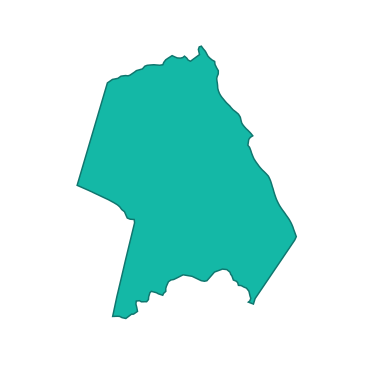 outline of Coruripe, Alagoas, Brazil, rotated 287°
{"feature_id": "56859067B77364556479199", "entity_name": "Coruripe", "entity_type": "district", "adm_level": 2, "iso_a3": "BRA", "parent_name": "Brazil", "parent_adm1": "Alagoas", "projection": "albers", "projection_center": [-36.219, -10.099], "detail": "fine", "context": "isolated", "style": "filled", "palette": "teal", "viewbox_px": 384, "rotation_deg": 287, "n_neighbors": 0, "source": "geoboundaries", "source_scale": "gbopen_adm2", "svg_char_len": 2458}
<svg xmlns="http://www.w3.org/2000/svg" viewBox="0 0 384 384"><g transform="rotate(287 192 192)"><path d="M334.2,158.3L332.9,156.5L330.2,156.4L325.6,159.0L316.6,152.3L317.0,149.8L318.6,147.7L319.7,145.1L317.8,143.8L316.6,141.7L315.9,138.7L316.2,135.9L316.6,133.1L312.6,129.7L310.7,128.2L307.7,127.1L305.2,126.9L303.8,124.1L302.5,118.2L301.3,115.1L300.0,112.0L298.5,110.1L295.2,108.6L291.8,103.3L289.9,102.0L285.6,98.5L284.4,96.9L283.9,94.3L282.0,90.2L279.1,88.0L277.6,85.3L276.4,83.0L273.6,80.8L271.6,79.2L164.8,80.2L163.3,92.9L162.0,101.8L160.2,114.3L158.9,120.7L157.9,124.5L156.7,127.2L154.7,129.9L153.4,133.2L150.1,136.0L148.2,137.7L147.9,140.8L148.8,144.8L145.7,146.1L107.8,148.3L92.7,149.3L74.0,150.5L70.4,150.7L49.8,152.5L51.3,156.8L51.9,159.2L51.4,161.7L51.7,165.7L57.5,169.9L58.1,171.8L60.1,173.4L61.9,174.8L65.5,172.9L68.5,171.1L71.4,170.6L72.7,173.5L72.2,175.6L73.8,180.7L76.4,181.8L79.1,181.2L83.5,181.2L85.1,182.2L85.3,187.4L84.8,189.6L84.7,194.2L86.8,194.5L89.3,196.0L92.1,195.1L94.4,195.1L99.3,195.7L101.7,197.6L103.0,200.1L105.2,202.5L110.2,207.7L111.4,216.7L109.9,226.7L110.3,230.0L111.5,232.2L122.0,236.9L127.2,243.7L128.0,248.0L126.4,251.8L124.7,253.0L123.3,254.8L119.9,257.3L119.7,260.1L118.8,262.1L116.3,263.7L116.9,266.4L116.3,269.2L116.0,272.2L113.7,275.5L109.5,277.9L107.5,279.3L104.8,279.2L103.2,278.1L103.0,280.3L102.8,283.5L108.5,283.5L172.8,303.3L176.1,304.3L179.8,304.8L183.8,301.8L185.9,300.2L187.9,298.8L189.5,297.5L191.2,296.0L192.8,294.4L194.3,292.8L195.9,290.8L197.4,288.8L199.5,286.2L201.3,283.7L202.9,281.7L204.6,279.7L206.4,277.9L208.2,276.2L209.8,274.8L211.8,273.3L214.0,271.7L216.5,270.0L218.6,268.7L220.4,267.4L222.7,265.9L225.6,263.9L227.6,262.2L229.5,260.4L231.1,257.7L232.5,255.1L233.5,253.0L234.8,250.8L236.1,248.8L237.4,247.1L239.2,244.7L240.4,243.2L242.0,241.4L244.1,239.6L246.5,237.7L249.0,236.0L251.5,234.0L253.0,231.8L255.6,231.4L258.8,230.9L261.3,231.8L263.5,233.7L265.1,231.4L266.1,229.7L267.3,227.5L268.3,225.4L269.8,222.9L271.2,220.9L272.5,219.4L274.9,217.9L277.7,216.3L280.0,213.7L281.4,210.5L282.6,207.3L284.1,204.7L285.3,203.0L286.4,200.8L287.3,199.0L288.5,197.1L290.1,194.7L291.2,193.0L292.6,191.2L294.1,189.6L296.3,187.8L298.7,186.3L301.4,185.3L303.5,184.4L305.3,183.5L307.6,182.5L309.6,182.3L312.6,182.6L315.7,181.7L317.8,179.4L320.7,176.7L323.5,175.5L324.1,172.7L325.3,169.8L326.6,167.5L328.7,165.4L330.5,163.6L332.3,160.8L334.2,158.3Z" fill="#14b8a6" stroke="#0f766e" stroke-width="1.5"/></g></svg>